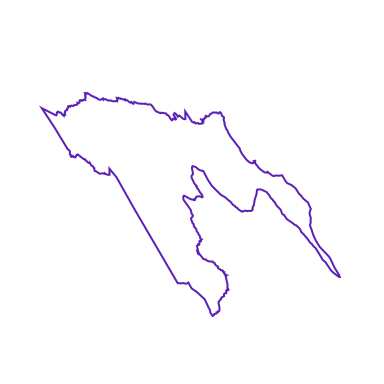 outline of Langanesbyggð, Norðurland eystra, Iceland, rotated 65°
{"feature_id": "244011B59191424948734", "entity_name": "Langanesbyggð", "entity_type": "district", "adm_level": 2, "iso_a3": "ISL", "parent_name": "Iceland", "parent_adm1": "Norðurland eystra", "projection": "natural_earth1", "projection_center": [-15.117, 66.073], "detail": "fine", "context": "isolated", "style": "outline", "palette": "violet", "viewbox_px": 384, "rotation_deg": 65, "n_neighbors": 0, "source": "geoboundaries", "source_scale": "gbopen_adm2", "svg_char_len": 6033}
<svg xmlns="http://www.w3.org/2000/svg" viewBox="0 0 384 384"><g transform="rotate(65 192 192)"><path d="M52.5,292.7L75.8,289.3L100.5,286.6L103.1,285.4L106.1,286.6L107.0,286.6L106.6,286.3L108.1,286.1L109.2,286.3L109.6,285.2L109.2,284.6L110.3,284.4L111.1,283.4L110.9,283.3L111.1,282.7L110.1,281.7L110.1,280.8L109.5,280.6L109.5,279.8L109.8,279.6L116.3,276.3L117.1,275.1L118.4,275.2L118.7,274.7L121.8,273.6L122.3,272.6L122.1,272.3L125.4,272.1L126.7,271.0L128.7,270.8L129.2,270.4L129.8,271.0L132.0,271.2L132.7,270.2L136.5,267.9L137.2,265.1L138.4,263.9L138.0,263.2L139.4,262.5L141.0,260.9L140.9,260.4L141.5,259.4L136.0,257.0L146.6,254.2L183.4,251.4L268.6,243.5L270.4,240.0L270.6,238.8L272.6,236.2L272.8,235.2L272.5,233.6L279.2,233.1L284.6,229.9L294.6,225.8L304.2,225.8L306.6,225.6L309.5,226.4L313.1,225.7L312.8,224.1L312.0,223.5L312.4,221.3L311.4,220.6L312.0,219.4L311.2,218.9L311.3,217.5L308.7,216.0L304.0,214.9L302.7,214.2L302.0,212.5L301.3,211.5L301.4,210.8L300.1,210.0L300.0,207.0L298.0,206.1L297.7,205.4L298.1,203.7L296.4,203.2L295.5,202.0L296.2,201.6L296.3,200.5L296.0,200.2L293.5,200.4L292.3,199.5L290.4,198.8L283.1,197.2L282.8,196.7L282.0,196.8L282.0,196.2L281.6,196.8L280.8,196.5L280.5,197.2L279.2,197.2L278.5,196.7L278.4,197.2L277.5,197.6L276.8,197.5L276.6,197.2L276.0,197.5L275.4,198.1L275.2,198.8L274.0,199.2L272.1,200.6L271.3,200.5L270.8,200.0L269.4,200.7L269.1,201.1L267.1,201.7L265.8,201.5L264.6,202.8L263.7,202.6L263.1,202.6L263.6,202.8L262.2,205.9L260.0,207.8L258.2,208.0L259.2,208.2L258.9,208.4L258.6,208.2L258.8,208.5L257.1,210.3L255.8,210.3L252.3,211.3L248.9,211.7L250.1,212.0L251.8,211.9L250.8,212.5L249.6,212.6L248.8,211.9L247.7,212.3L246.6,211.6L248.6,211.5L242.9,210.3L242.6,209.0L242.2,208.8L242.9,208.0L242.7,207.5L241.6,207.4L241.1,206.4L240.4,205.9L239.7,206.0L239.5,205.3L240.2,204.6L239.2,203.8L239.1,203.2L237.1,204.1L235.0,203.5L233.0,203.9L231.5,203.8L229.6,204.4L228.1,203.9L226.7,204.0L224.9,204.7L224.2,204.5L223.3,204.7L222.0,204.0L220.2,204.7L218.9,204.3L217.4,204.6L215.1,203.7L214.9,202.5L214.2,201.4L213.6,201.1L211.7,201.5L207.7,200.7L195.8,202.9L193.9,202.6L192.2,201.6L191.9,200.7L197.9,196.3L199.6,194.0L200.3,193.5L200.4,193.0L199.7,192.7L200.0,192.4L199.4,192.0L199.3,191.4L198.4,190.5L198.1,189.8L199.2,186.7L200.9,185.3L201.1,184.9L201.0,184.5L199.0,184.1L194.4,185.1L191.7,185.2L190.9,185.7L189.3,185.5L188.6,185.9L188.2,185.4L185.4,186.3L178.6,186.3L177.1,185.5L176.4,183.8L174.7,183.0L170.7,182.1L169.3,181.4L168.8,180.4L171.2,177.9L173.6,176.9L175.6,175.6L177.0,174.0L177.0,173.6L178.1,172.8L187.4,172.5L194.9,171.4L206.9,167.0L210.9,164.1L215.1,162.4L216.5,161.4L221.2,160.2L222.6,159.2L224.5,158.7L225.1,157.9L227.7,157.1L230.7,155.2L230.6,154.7L231.3,153.9L231.2,152.2L231.9,151.1L231.9,150.7L232.9,149.7L232.9,148.9L234.2,146.3L233.9,145.2L233.4,144.8L233.5,144.4L232.0,143.8L230.8,142.8L230.3,141.7L225.3,138.3L222.3,135.4L219.8,133.5L218.2,132.7L217.4,131.8L218.4,129.2L219.2,128.1L223.6,124.4L228.2,123.3L231.2,123.1L232.4,122.3L234.7,122.0L235.6,121.5L240.2,121.0L245.4,119.2L250.4,119.4L251.8,118.3L255.9,117.7L257.4,117.1L263.6,113.4L264.8,113.1L266.0,111.8L270.4,110.0L272.5,109.7L274.2,110.0L277.1,108.8L283.5,107.1L287.9,106.3L289.9,105.3L291.9,105.0L295.4,103.6L309.0,102.1L311.8,100.7L321.6,99.2L324.4,98.2L329.8,95.4L331.2,94.6L331.5,94.0L329.3,93.8L320.4,94.8L310.7,94.8L308.0,95.3L295.5,99.5L289.1,100.2L282.9,100.3L275.1,99.4L273.2,99.4L271.9,99.0L270.1,97.6L265.6,95.3L261.5,94.7L259.3,93.3L257.7,91.5L250.5,91.3L244.9,94.0L241.7,94.6L238.6,95.8L232.3,96.6L227.7,98.9L224.2,102.0L221.3,102.7L215.0,103.2L213.9,106.6L212.7,108.4L212.0,111.4L210.9,112.4L205.7,115.0L206.2,115.9L205.4,116.8L204.9,118.0L199.7,120.8L196.7,121.7L195.6,121.7L194.1,122.4L192.1,122.4L190.4,121.5L190.0,123.0L191.6,124.0L191.4,125.4L189.3,127.4L185.8,129.0L178.3,130.6L174.6,130.7L172.7,130.4L157.9,133.7L153.6,134.1L150.7,133.9L149.8,134.3L147.4,134.2L144.3,133.9L142.7,133.0L141.5,133.1L139.5,132.6L138.4,131.6L137.7,131.5L135.9,132.5L132.1,132.4L131.3,133.4L132.1,134.6L131.1,135.9L130.1,136.4L130.1,137.1L128.7,139.4L129.2,141.0L128.9,142.4L130.4,144.6L130.1,146.0L128.8,147.3L129.2,147.9L130.3,148.1L130.3,148.9L131.3,150.4L130.6,151.0L131.0,151.9L130.7,152.8L131.4,152.5L131.0,152.5L131.3,152.3L132.2,152.3L132.1,152.1L132.4,152.0L132.1,151.9L132.9,151.9L133.5,152.5L131.5,152.8L133.5,152.6L134.0,153.3L134.2,154.4L133.6,155.4L133.2,157.0L131.8,157.6L131.7,159.0L131.2,159.8L129.9,160.1L129.9,161.1L129.0,161.4L128.4,162.3L116.2,164.1L123.1,167.2L123.0,167.8L121.9,169.1L117.5,171.0L117.3,171.7L117.8,172.8L117.7,173.1L115.4,173.2L113.1,174.4L114.2,176.1L118.3,175.5L119.3,175.8L119.4,176.3L117.7,177.4L117.6,178.5L118.5,179.2L118.6,179.8L117.8,180.3L115.5,180.7L113.6,180.7L111.8,181.6L111.5,182.2L110.0,182.2L107.1,186.3L107.2,187.3L103.7,190.5L101.5,191.1L97.8,191.5L97.6,191.8L96.3,191.9L95.2,192.6L94.4,193.8L94.0,195.3L92.0,197.1L92.1,197.9L90.8,199.8L90.7,200.7L89.8,201.7L89.1,203.4L86.0,206.2L86.7,206.7L86.6,207.4L87.2,207.9L86.3,208.6L84.7,208.9L85.0,210.0L83.0,211.4L81.8,211.7L79.9,213.4L80.5,213.9L79.4,214.3L79.2,215.0L77.6,216.7L77.5,217.2L76.9,217.4L76.6,218.1L75.6,218.9L76.0,219.4L75.0,220.4L77.9,221.1L78.3,221.6L77.2,223.1L76.6,225.1L74.6,227.0L74.6,227.8L73.9,228.5L73.4,229.8L71.6,230.8L71.2,231.8L70.2,232.5L70.8,233.2L69.6,233.4L69.9,234.0L69.7,236.2L68.5,237.6L66.0,239.0L65.1,240.2L64.2,240.6L62.5,242.3L58.4,244.8L58.7,245.1L58.0,246.2L57.1,246.7L57.0,247.3L58.8,247.3L59.9,247.9L59.8,248.3L61.5,248.5L61.8,249.1L63.5,249.8L62.8,250.6L62.9,251.1L62.4,251.6L63.0,252.7L62.2,253.3L62.3,254.2L61.5,254.5L61.5,255.2L63.4,256.2L63.6,257.8L62.8,258.2L64.1,259.0L64.2,259.7L63.4,261.8L63.9,263.1L63.4,264.2L62.8,264.5L62.6,265.7L63.1,266.3L62.3,266.6L62.1,267.2L62.4,267.7L62.1,268.1L63.4,268.8L63.8,269.4L63.6,269.8L65.0,270.7L64.7,271.9L65.3,273.0L66.0,273.1L66.5,274.0L68.3,274.3L67.9,275.0L68.8,275.7L68.0,276.0L68.1,276.5L64.4,277.4L64.0,278.6L62.5,279.4L62.8,280.8L64.9,282.0L65.2,282.8L52.5,292.7Z" fill="none" stroke="#5b21b6" stroke-width="2"/></g></svg>